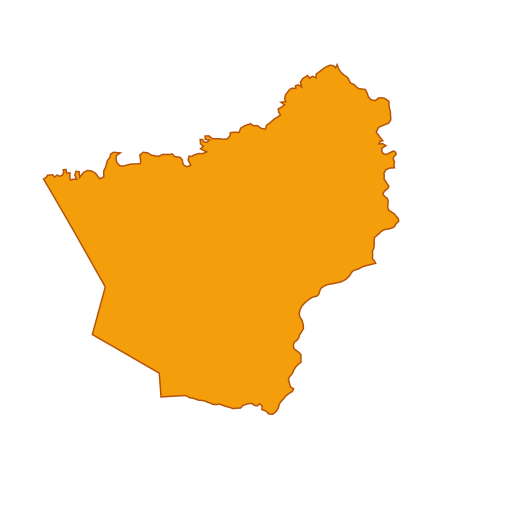 Feira da Mata, Bahia, Brazil, rotated 158°
{"feature_id": "56859067B33620319124812", "entity_name": "Feira da Mata", "entity_type": "district", "adm_level": 2, "iso_a3": "BRA", "parent_name": "Brazil", "parent_adm1": "Bahia", "projection": "orthographic", "projection_center": [-44.283, -14.106], "detail": "fine", "context": "isolated", "style": "filled", "palette": "amber", "viewbox_px": 512, "rotation_deg": 158, "n_neighbors": 0, "source": "geoboundaries", "source_scale": "gbopen_adm2", "svg_char_len": 4001}
<svg xmlns="http://www.w3.org/2000/svg" viewBox="0 0 512 512"><g transform="rotate(158 256 256)"><path d="M372.8,152.4L370.5,149.4L368.2,148.1L366.0,146.3L363.2,143.8L360.3,142.4L357.3,140.4L355.6,138.4L353.7,137.0L351.9,134.9L348.4,133.0L345.6,132.6L343.0,130.2L340.3,127.9L337.1,125.5L334.3,123.0L331.1,122.2L327.2,120.8L324.2,122.3L320.7,122.2L318.1,121.9L314.8,120.6L313.3,118.0L311.1,116.6L308.0,117.6L306.5,114.7L308.1,111.5L304.8,108.4L303.4,104.8L299.8,103.0L295.3,104.4L292.0,107.0L289.8,110.1L286.9,111.9L284.3,113.1L280.9,115.0L276.7,116.3L273.1,116.8L270.9,118.7L273.1,121.8L272.6,126.0L272.0,129.9L270.1,131.5L266.3,133.4L263.4,136.4L260.8,138.2L257.7,139.7L254.1,140.6L252.7,144.3L251.3,147.9L252.4,150.6L253.8,153.1L255.5,155.5L254.9,159.3L252.4,162.0L249.9,162.3L247.1,164.0L245.4,166.3L242.1,168.7L239.2,170.9L237.9,174.9L237.4,179.2L238.1,182.8L237.7,186.0L235.9,188.8L233.0,191.9L228.5,194.2L223.7,195.8L219.2,196.7L215.0,196.0L212.5,196.7L210.1,199.5L208.1,201.6L205.7,202.3L201.8,202.8L198.0,202.3L195.6,201.6L191.8,201.0L186.9,200.1L181.3,200.7L176.8,202.5L173.3,205.1L170.4,206.1L166.3,205.6L162.1,206.0L159.5,206.0L156.3,205.6L153.4,205.2L151.0,204.9L147.8,204.4L148.0,207.1L149.1,209.6L147.3,213.8L146.1,217.1L144.1,218.7L142.2,222.1L140.8,225.6L139.3,228.7L136.1,229.9L133.5,230.6L131.0,231.8L128.5,232.2L125.8,232.2L122.9,231.4L118.3,231.0L116.0,231.8L113.9,233.5L110.6,234.8L110.1,237.7L111.2,240.4L112.0,243.2L113.9,246.1L115.8,248.9L115.5,252.2L114.3,254.4L112.9,257.2L112.7,260.3L114.5,263.0L115.1,266.4L111.6,268.4L108.5,269.2L106.7,270.9L107.4,274.4L108.4,279.5L107.0,282.4L106.5,284.7L103.2,287.3L99.2,287.5L96.9,286.7L94.6,285.9L94.0,288.8L92.3,291.5L92.5,294.4L91.1,296.4L88.2,297.5L87.6,299.8L89.3,301.9L92.9,301.6L97.3,301.3L99.6,303.1L100.1,306.1L99.1,308.7L96.8,309.2L94.2,309.6L96.5,312.7L100.1,313.9L97.8,315.8L95.3,315.4L96.5,319.4L97.2,322.6L98.3,325.2L96.2,327.6L94.2,329.3L91.5,329.5L87.5,329.5L83.2,329.5L80.2,331.6L79.1,334.2L78.5,336.6L77.4,339.2L77.0,342.7L76.1,346.5L74.8,349.5L76.4,352.1L78.0,354.3L80.7,355.9L83.3,356.6L87.1,355.4L90.6,357.5L92.2,361.3L91.9,364.8L92.2,369.3L95.1,371.1L97.7,372.4L99.4,374.8L100.5,377.7L103.3,380.8L103.9,383.2L104.0,386.4L105.1,388.8L106.8,391.0L108.3,394.2L109.3,398.3L109.2,403.1L111.8,400.7L113.0,403.5L115.9,405.2L118.8,405.1L121.4,404.8L124.0,404.3L132.2,402.0L133.4,398.7L136.4,401.5L139.7,400.8L140.5,404.1L146.1,403.0L149.8,400.5L150.3,395.6L152.8,398.9L155.6,399.1L156.3,396.6L160.0,398.1L162.6,397.7L168.1,394.5L170.6,391.0L170.6,387.9L175.3,389.2L172.9,385.3L177.6,384.3L180.3,384.1L181.1,380.6L180.4,377.7L184.6,376.6L187.0,376.4L192.7,374.4L197.2,373.3L199.8,370.1L203.6,372.6L205.7,376.2L209.5,377.8L211.4,380.6L214.9,380.9L217.7,381.0L222.4,380.2L225.4,376.9L229.8,378.9L233.6,380.0L234.9,377.3L238.8,375.3L242.5,376.4L245.9,378.4L252.7,381.2L254.6,385.0L258.2,386.3L259.4,383.3L255.8,380.9L258.6,379.7L261.6,381.2L261.9,384.0L264.1,385.0L265.4,380.9L263.8,377.3L267.3,376.2L265.2,373.7L262.7,371.0L267.2,370.9L270.8,372.5L275.8,372.9L278.2,372.3L280.6,373.7L283.0,370.5L282.5,364.6L286.6,364.6L288.6,366.7L289.2,369.2L288.3,372.8L289.5,376.0L294.5,378.9L295.3,382.0L298.2,382.5L304.3,385.1L309.3,384.9L315.4,388.9L317.9,392.3L321.7,394.4L325.9,393.2L327.2,387.7L328.6,384.9L332.5,386.2L337.9,388.2L345.5,389.1L348.6,390.8L350.1,395.2L349.1,399.5L347.6,401.5L343.2,402.4L349.4,405.6L352.7,404.9L354.4,402.2L358.0,400.2L362.2,394.7L365.5,391.6L367.5,386.3L372.0,386.1L373.8,392.9L376.5,396.3L380.4,398.5L384.8,398.0L390.1,394.8L388.4,400.3L391.1,402.0L393.7,398.8L393.6,394.3L396.5,395.6L399.7,396.0L399.0,399.2L397.3,402.7L400.5,404.0L399.8,407.4L402.4,408.2L403.0,405.5L405.5,403.4L408.3,403.5L410.1,405.6L413.2,404.6L414.1,407.4L419.0,409.0L421.2,407.4L424.1,407.0L418.7,369.6L415.6,347.4L410.7,309.8L407.3,283.8L437.2,244.5L427.1,231.6L424.3,228.1L389.6,183.6L395.9,163.8L396.9,160.9L383.3,156.4L380.6,155.4L374.9,153.5L372.8,152.4Z" fill="#f59e0b" stroke="#b45309" stroke-width="1.5"/></g></svg>